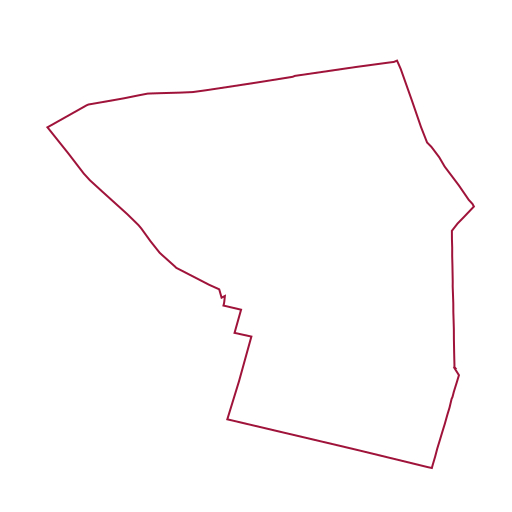 Dorobanti, Arad, Romania (Natural Earth projection), rotated 183°
{"feature_id": "2599482B12324082496079", "entity_name": "Dorobanti", "entity_type": "district", "adm_level": 2, "iso_a3": "ROU", "parent_name": "Romania", "parent_adm1": "Arad", "projection": "natural_earth1", "projection_center": [21.224, 46.354], "detail": "fine", "context": "isolated", "style": "outline", "palette": "rose", "viewbox_px": 512, "rotation_deg": 183, "n_neighbors": 0, "source": "geoboundaries", "source_scale": "gbopen_adm2", "svg_char_len": 1261}
<svg xmlns="http://www.w3.org/2000/svg" viewBox="0 0 512 512"><g transform="rotate(183 256 256)"><path d="M133.1,456.2L166.0,450.0L226.6,437.9L228.7,436.9L264.1,429.3L315.1,418.8L327.7,416.4L340.2,415.2L360.1,413.6L368.4,412.9L372.7,412.5L381.2,410.4L396.0,406.6L404.6,404.6L431.3,398.5L433.1,397.6L471.0,373.6L448.6,348.4L432.3,329.3L425.8,322.9L412.9,312.3L386.8,291.1L375.1,280.8L372.0,277.5L362.2,265.3L352.4,254.2L349.5,251.8L336.2,241.1L335.8,240.7L335.0,240.0L301.3,224.8L291.0,220.8L288.2,212.6L285.0,214.4L285.3,208.5L285.5,206.8L285.9,204.8L268.1,201.6L273.4,178.1L256.4,175.3L266.4,130.1L276.1,91.4L146.3,67.9L73.1,54.1L69.3,53.5L68.6,56.7L66.6,65.0L64.9,73.2L62.8,81.6L60.8,89.8L58.7,98.1L56.6,107.5L54.8,114.7L53.2,123.5L52.4,125.5L51.3,130.9L49.1,139.5L47.1,147.6L51.9,154.4L51.1,154.5L52.1,155.7L52.1,157.3L53.0,169.0L53.5,176.1L54.0,183.0L54.6,193.4L55.3,202.0L56.0,210.3L56.5,219.0L57.2,227.0L58.0,236.0L58.2,240.7L58.8,249.2L59.4,257.6L60.1,266.4L60.5,274.5L61.2,283.0L61.7,291.4L56.4,299.0L50.5,305.7L41.0,316.8L42.5,319.3L46.5,323.2L49.0,326.5L57.2,337.2L72.3,355.2L78.2,364.2L86.5,374.1L91.1,378.3L98.0,393.5L108.4,419.3L121.2,450.2L123.3,454.4L125.4,458.5L128.5,457.0L133.1,456.2Z" fill="none" stroke="#9f1239" stroke-width="2"/></g></svg>